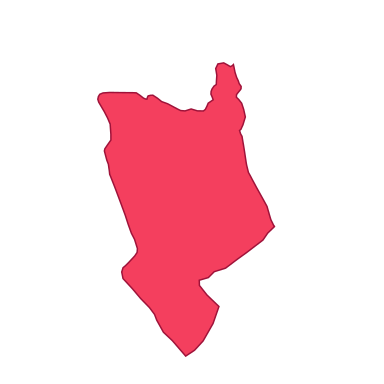 outline of As Sunut, South Kordufan, Sudan, rotated 326°
{"feature_id": "16777658B48194454682254", "entity_name": "As Sunut", "entity_type": "district", "adm_level": 2, "iso_a3": "SDN", "parent_name": "Sudan", "parent_adm1": "South Kordufan", "projection": "equal_earth", "projection_center": [29.06, 12.034], "detail": "fine", "context": "isolated", "style": "filled", "palette": "rose", "viewbox_px": 384, "rotation_deg": 326, "n_neighbors": 0, "source": "geoboundaries", "source_scale": "gbopen_adm2", "svg_char_len": 2053}
<svg xmlns="http://www.w3.org/2000/svg" viewBox="0 0 384 384"><g transform="rotate(326 192 192)"><path d="M165.8,62.4L164.9,65.3L164.2,76.7L163.9,79.0L163.4,83.4L162.3,89.0L162.2,89.8L156.9,99.0L156.2,100.0L153.8,103.6L148.8,105.5L144.0,107.4L142.7,108.6L142.4,108.9L142.3,109.0L139.2,117.9L138.2,122.2L135.2,128.4L133.6,131.4L133.3,133.1L130.8,144.4L129.6,149.5L127.9,156.6L126.7,161.6L123.7,173.8L121.0,183.2L118.7,192.3L117.9,199.1L115.1,208.4L112.7,211.4L108.8,213.0L100.2,215.0L95.6,215.9L92.5,216.2L89.0,219.0L86.4,225.2L87.6,233.0L88.5,238.9L89.9,251.8L92.1,264.0L92.5,272.5L91.1,278.5L89.9,292.3L92.6,304.3L95.0,324.5L105.7,324.6L117.9,321.7L135.9,312.8L150.3,302.0L146.8,285.7L145.9,273.6L148.7,269.2L157.7,272.1L165.9,270.5L177.3,273.9L191.8,273.1L204.0,272.7L213.8,272.1L224.0,271.5L231.8,268.4L241.0,266.8L241.0,266.6L241.1,266.4L241.1,266.2L241.1,265.9L240.9,265.9L241.4,262.8L241.7,260.4L241.8,259.7L242.0,258.7L243.7,253.3L244.3,251.6L244.9,249.6L246.1,246.0L246.7,239.7L248.0,224.5L248.7,217.6L248.8,216.4L249.4,211.1L249.7,207.4L252.3,200.3L253.5,197.6L257.7,188.8L260.5,182.8L261.2,181.3L261.4,180.8L261.8,179.9L262.9,177.5L264.6,173.8L264.8,171.0L265.8,167.6L267.6,167.4L269.8,166.0L270.0,165.9L271.8,164.8L278.2,159.6L281.0,152.5L282.8,146.2L282.5,142.1L282.5,141.7L282.4,141.2L282.3,140.6L281.8,138.3L283.3,136.2L285.6,135.4L289.3,134.3L289.8,134.1L290.4,133.8L291.8,131.9L291.7,128.6L292.5,125.8L293.1,121.9L294.6,116.8L295.4,114.9L296.7,111.8L297.2,110.5L297.6,109.5L295.8,109.8L293.9,109.5L292.3,106.1L290.5,102.7L285.1,100.3L280.7,102.9L277.8,109.2L274.2,113.8L272.2,116.5L269.5,116.5L266.2,117.8L264.1,119.3L262.4,121.5L261.9,124.3L261.1,127.4L255.1,127.4L252.4,129.2L249.2,131.0L246.8,131.2L241.9,127.8L237.7,122.7L231.6,120.9L228.1,118.1L226.0,114.4L221.2,105.3L217.4,100.1L215.8,94.9L213.7,89.9L211.8,88.7L209.4,87.8L208.1,88.5L206.5,89.8L205.5,88.9L204.3,87.1L203.0,83.0L201.3,78.7L198.9,76.9L187.7,69.2L179.5,63.5L173.6,60.1L170.2,59.4L167.8,60.5L165.8,62.4Z" fill="#f43f5e" stroke="#9f1239" stroke-width="1.5"/></g></svg>